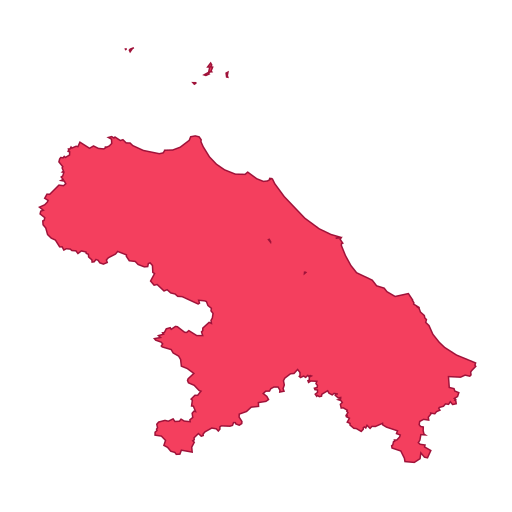 Lazio, Roma, Italy, rotated 177°
{"feature_id": "23120603B86473916475875", "entity_name": "Lazio", "entity_type": "district", "adm_level": 2, "iso_a3": "ITA", "parent_name": "Italy", "parent_adm1": "Roma", "projection": "natural_earth1", "projection_center": [12.727, 41.812], "detail": "fine", "context": "isolated", "style": "filled", "palette": "rose", "viewbox_px": 512, "rotation_deg": 177, "n_neighbors": 0, "source": "geoboundaries", "source_scale": "gbopen_adm2", "svg_char_len": 5992}
<svg xmlns="http://www.w3.org/2000/svg" viewBox="0 0 512 512"><g transform="rotate(177 256 256)"><path d="M43.1,135.5L42.3,137.7L61.0,146.6L72.4,154.8L77.6,160.3L83.5,168.6L86.9,177.5L90.0,180.8L89.1,183.6L90.7,185.4L91.0,187.7L94.7,191.4L95.9,195.3L98.4,197.4L95.3,195.7L101.1,199.7L100.8,201.1L102.4,203.9L101.6,203.4L105.8,210.5L119.2,208.3L127.1,213.5L129.7,217.2L137.1,219.9L141.2,225.8L156.4,234.0L161.8,241.6L166.7,251.8L170.2,262.0L169.9,264.0L168.7,264.3L171.1,268.2L169.9,269.9L175.5,269.5L171.8,270.7L180.1,273.6L191.4,279.8L205.3,291.2L224.7,313.8L233.5,327.2L235.5,331.9L236.2,332.5L238.8,332.9L237.5,332.0L240.7,330.3L244.7,330.1L251.2,333.1L259.9,340.2L262.6,338.1L272.3,338.8L282.9,343.7L290.7,349.7L297.3,357.4L303.1,368.0L305.0,373.0L304.7,375.0L306.6,378.0L310.4,379.1L315.0,378.5L316.6,375.0L326.0,368.6L333.6,366.2L342.4,366.4L341.8,366.2L341.8,365.8L343.4,363.8L347.2,363.2L363.0,367.3L373.3,372.7L375.8,375.4L379.7,375.7L382.8,379.1L385.4,378.4L390.6,382.2L391.7,381.3L393.9,382.8L397.2,382.1L394.2,380.2L394.2,375.9L396.7,373.6L399.6,372.4L400.1,372.8L401.4,372.5L400.1,372.2L402.4,370.9L407.8,371.7L412.5,374.4L416.6,372.3L425.9,378.9L428.1,374.5L429.9,375.0L434.3,373.4L435.0,374.5L436.2,372.6L437.7,372.7L437.3,370.5L438.8,370.5L436.6,369.8L436.9,366.6L441.2,364.4L442.3,365.5L443.6,364.1L445.8,364.6L447.0,363.2L447.9,360.3L444.3,355.3L445.0,354.1L443.8,350.8L445.0,350.0L443.5,349.6L444.8,346.1L446.4,345.1L444.6,342.6L446.8,341.6L443.5,340.8L442.2,338.1L444.5,336.3L449.1,337.1L458.8,328.4L461.5,328.7L464.0,324.7L460.7,322.4L461.5,320.8L464.3,318.2L469.7,316.1L466.0,312.8L468.6,312.1L469.4,309.3L464.9,305.3L465.8,302.6L467.1,302.2L467.0,298.3L464.5,295.0L463.0,288.3L459.6,284.6L455.5,282.4L451.6,275.4L449.1,275.3L447.6,272.0L445.1,273.2L441.1,272.6L439.6,271.1L435.6,270.6L433.7,267.8L430.1,270.2L425.6,268.9L425.4,267.5L423.3,266.5L423.2,263.8L420.1,260.7L420.0,258.5L417.9,258.7L416.0,260.9L413.9,260.0L412.3,257.3L408.8,255.9L404.9,257.3L405.6,259.9L403.5,262.0L396.2,265.3L393.9,267.8L385.3,263.9L385.5,262.5L382.8,257.9L376.9,256.9L374.2,253.7L368.1,251.0L364.7,251.1L363.9,254.1L362.1,254.7L359.9,251.9L359.9,245.0L358.2,243.8L362.6,236.5L359.3,232.2L356.2,232.7L349.7,225.9L346.5,227.0L343.1,223.6L338.8,222.3L336.3,219.8L331.9,219.3L316.3,211.1L314.9,211.9L315.6,214.8L309.6,213.9L307.9,213.1L306.6,209.1L303.3,206.1L303.8,203.6L301.9,200.9L302.9,196.2L304.3,194.1L304.0,191.0L306.3,192.2L312.9,186.8L313.1,184.2L314.4,183.1L313.4,179.3L319.3,179.6L327.0,185.0L329.2,183.3L331.2,183.5L338.2,189.5L340.1,189.9L344.5,187.2L345.4,188.9L349.4,188.0L351.5,184.4L353.3,184.2L352.4,182.8L357.6,181.6L355.6,179.6L361.8,178.8L360.6,177.2L355.3,175.0L353.8,173.1L355.3,171.1L354.4,170.1L345.6,167.0L343.8,163.5L338.5,160.1L336.7,156.6L336.3,149.9L330.5,147.2L324.2,142.0L330.2,137.0L330.9,135.3L330.1,132.9L324.5,130.1L319.8,124.6L318.0,123.9L321.6,119.9L324.3,120.1L328.3,116.5L327.1,115.3L328.2,109.6L326.4,109.3L324.5,103.8L326.1,104.3L328.0,102.3L327.6,98.1L330.6,95.9L330.4,94.0L336.3,94.9L339.4,97.0L341.1,95.0L345.7,95.0L347.3,97.7L352.2,95.6L355.5,96.6L361.9,95.3L363.9,93.2L363.3,89.6L364.4,88.3L364.0,86.9L366.0,85.3L366.2,82.4L359.9,81.1L356.0,76.6L357.9,71.7L354.3,69.5L351.3,65.5L347.3,64.1L346.0,62.1L342.4,62.1L340.7,66.0L330.0,63.5L330.2,68.5L327.4,73.2L328.8,74.8L327.3,75.7L327.4,77.7L322.8,81.7L320.1,78.9L318.1,79.5L318.2,80.9L316.1,83.1L309.2,86.5L304.7,85.5L302.8,83.2L301.1,85.0L301.1,87.2L299.5,88.2L290.9,87.4L288.3,88.1L287.2,90.8L285.3,90.7L285.0,89.4L281.6,87.9L279.0,89.4L278.7,91.4L281.3,96.0L281.0,99.0L273.6,101.2L268.7,105.3L261.3,105.7L261.3,109.5L253.7,110.3L251.0,112.0L252.5,115.2L256.0,118.3L253.3,120.5L249.6,120.4L248.2,122.7L245.0,124.2L240.8,124.0L239.1,120.7L239.4,118.9L235.1,119.5L235.9,122.2L234.5,125.7L235.1,130.0L233.7,132.5L227.7,136.6L224.2,136.7L220.4,140.5L218.2,137.4L218.3,134.2L219.1,133.6L217.9,132.3L214.7,133.6L212.8,132.2L210.5,134.1L209.8,133.2L208.0,133.8L206.9,133.3L209.2,132.2L209.2,129.4L210.7,128.8L210.1,127.0L207.8,128.3L201.8,127.7L202.8,125.4L201.4,123.6L201.8,121.5L204.6,120.9L204.1,119.4L201.6,119.0L201.7,116.6L204.1,114.9L202.7,112.7L201.9,113.5L200.1,112.2L197.9,112.6L197.5,114.5L191.5,117.7L190.4,115.3L187.2,113.3L185.3,114.7L181.4,113.9L183.5,114.0L184.2,112.8L181.4,110.0L178.8,110.3L179.0,108.9L181.4,108.2L178.8,107.2L177.5,105.2L179.5,103.5L178.9,99.7L176.8,99.8L172.9,97.2L173.5,96.3L172.4,94.8L173.7,93.0L173.3,91.9L174.4,92.0L174.2,90.8L171.2,89.1L173.6,85.3L170.8,83.9L171.0,82.3L167.3,78.8L164.8,78.4L160.1,75.3L158.0,77.3L157.8,79.0L156.7,79.6L155.4,78.5L154.0,81.1L151.1,77.9L149.1,79.8L145.7,79.5L138.4,82.3L138.4,80.8L134.7,78.3L123.8,74.0L125.0,71.3L121.3,69.7L122.0,67.8L125.1,64.8L127.4,65.0L127.2,63.7L128.4,63.4L129.3,60.2L130.5,59.4L130.2,57.1L121.6,53.7L118.4,46.3L118.0,42.9L108.7,41.6L102.8,45.0L101.7,50.8L98.3,46.3L95.3,45.5L91.6,52.6L97.7,56.5L97.1,58.4L102.0,59.4L103.7,61.1L102.0,63.5L100.7,69.0L96.4,68.5L97.6,69.4L98.2,72.8L97.9,76.5L100.5,77.1L101.9,79.0L101.2,82.2L97.2,84.1L92.1,83.1L92.4,86.0L89.7,88.9L89.8,90.0L85.7,89.1L83.9,91.1L80.4,92.4L81.5,94.4L80.8,95.2L76.7,96.1L74.5,98.4L71.5,97.8L69.6,100.3L67.4,97.4L63.8,98.0L64.1,101.1L65.0,101.6L64.1,102.3L65.4,103.4L62.1,105.1L60.6,108.9L64.6,110.8L65.2,113.2L69.9,114.6L70.1,125.5L58.0,124.3L53.4,126.1L48.8,124.8L47.5,126.0L47.7,128.9L46.7,130.2L42.3,134.3L43.1,135.5ZM208.4,237.3L207.3,237.2L207.0,237.0L208.6,235.8L208.4,237.3ZM241.9,272.0L240.6,269.4L240.7,268.9L242.7,271.7L241.9,272.0ZM296.6,438.9L293.3,440.2L294.0,440.9L292.6,442.2L290.6,442.3L291.2,443.1L289.4,446.9L291.5,447.4L290.2,449.1L291.2,451.1L294.4,447.3L292.3,447.1L293.7,441.9L298.4,439.6L296.6,438.9ZM371.0,466.5L368.6,469.6L367.1,470.4L370.7,469.2L371.7,468.2L371.0,466.5ZM274.8,436.0L275.2,437.7L274.4,441.1L276.3,440.2L276.0,436.3L274.8,436.0ZM308.6,430.8L307.1,431.6L307.1,432.2L309.9,432.4L308.6,430.8ZM375.3,469.0L374.4,469.8L375.6,469.5L375.3,469.0Z" fill="#f43f5e" stroke="#9f1239" stroke-width="1.5"/></g></svg>